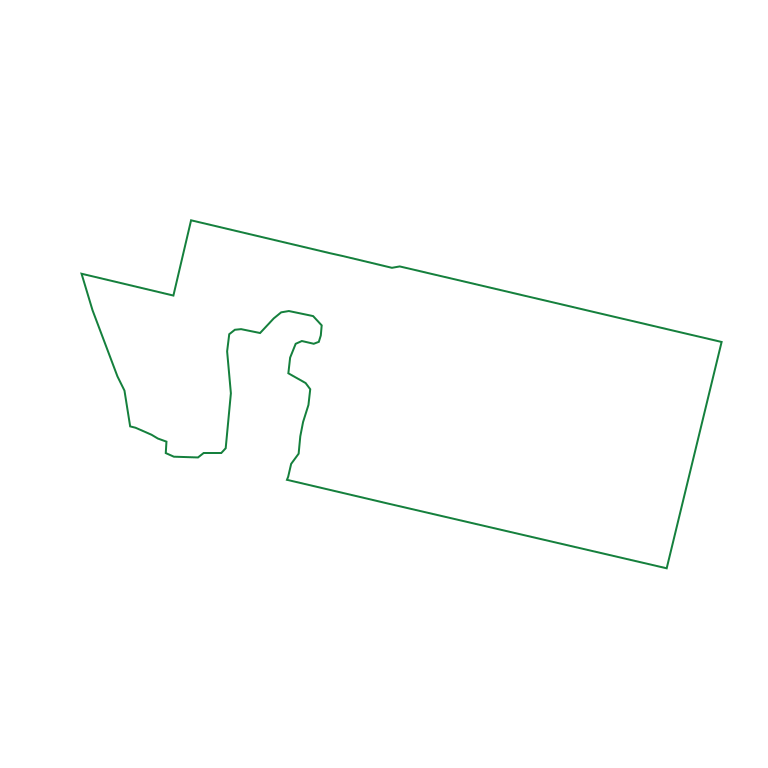 Charlotte, Florida, United States of America (Mercator projection), rotated 13°
{"feature_id": "52423323B39160011861592", "entity_name": "Charlotte", "entity_type": "district", "adm_level": 2, "iso_a3": "USA", "parent_name": "United States of America", "parent_adm1": "Florida", "projection": "mercator", "projection_center": [-82.101, 26.901], "detail": "fine", "context": "isolated", "style": "outline", "palette": "green", "viewbox_px": 768, "rotation_deg": 13, "n_neighbors": 0, "source": "geoboundaries", "source_scale": "gbopen_adm2", "svg_char_len": 847}
<svg xmlns="http://www.w3.org/2000/svg" viewBox="0 0 768 768"><g transform="rotate(13 384 384)"><path d="M314.6,268.6L301.6,268.7L159.2,267.9L158.9,345.2L64.5,344.6L83.4,377.7L122.6,436.6L132.6,448.8L146.2,482.4L151.7,482.5L169.1,485.8L175.9,488.0L185.0,489.1L186.9,500.4L195.6,502.1L211.8,498.9L219.3,497.4L223.8,491.8L241.0,487.8L244.2,482.2L236.9,427.5L223.8,387.5L222.0,370.3L226.5,364.7L232.4,362.7L251.8,362.2L261.8,344.9L267.7,337.3L274.9,334.3L297.8,333.8L299.7,333.8L310.1,340.9L311.3,349.5L311.5,351.0L311.0,357.6L306.5,360.6L294.3,360.6L288.9,364.7L286.6,379.4L288.4,395.1L307.4,400.7L313.3,405.7L315.1,421.4L313.7,439.2L314.2,453.8L316.5,471.1L311.5,482.7L311.5,495.9L311.0,499.2L413.7,499.6L413.9,499.6L700.9,500.0L703.5,267.3L703.5,267.1L372.9,265.9L365.6,269.0L314.6,268.6Z" fill="none" stroke="#15803d" stroke-width="2"/></g></svg>